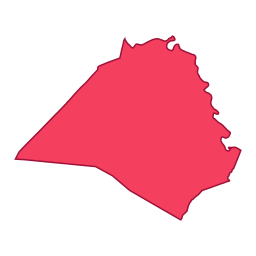 Matam, Matam, Senegal
{"feature_id": "50182788B95113260184043", "entity_name": "Matam", "entity_type": "district", "adm_level": 2, "iso_a3": "SEN", "parent_name": "Senegal", "parent_adm1": "Matam", "projection": "albers", "projection_center": [-13.438, 15.719], "detail": "fine", "context": "isolated", "style": "filled", "palette": "rose", "viewbox_px": 256, "rotation_deg": 0, "n_neighbors": 0, "source": "geoboundaries", "source_scale": "gbopen_adm2", "svg_char_len": 5802}
<svg xmlns="http://www.w3.org/2000/svg" viewBox="0 0 256 256"><path d="M240.6,150.7L240.4,150.5L240.3,150.4L240.6,150.2L239.5,149.5L237.9,148.6L236.4,147.7L235.5,147.4L234.5,147.3L233.3,147.3L232.4,147.4L232.0,147.6L231.8,147.6L231.6,147.5L229.4,147.4L228.9,147.5L228.7,147.5L228.5,147.8L228.6,148.0L228.8,148.3L229.0,148.2L229.4,148.0L229.7,147.9L230.9,147.9L231.4,148.0L230.0,149.3L229.6,149.7L229.4,150.5L229.1,150.8L228.7,151.0L228.1,150.9L227.3,150.8L226.5,150.3L226.1,150.0L225.6,149.4L225.2,148.4L225.0,147.6L224.9,147.1L224.7,146.6L224.5,146.4L224.3,146.0L223.6,145.1L222.7,143.9L222.3,143.4L221.6,142.3L221.0,140.8L220.8,140.2L220.9,139.5L221.0,138.7L221.4,137.7L221.8,137.1L222.1,136.9L222.5,136.9L223.7,137.3L224.9,137.9L225.6,138.1L225.9,138.1L226.2,138.0L226.8,137.8L228.0,137.2L228.4,136.9L228.7,136.5L229.6,134.9L230.2,133.6L230.3,133.1L230.3,132.7L230.1,132.4L229.8,132.1L228.8,131.4L228.3,130.8L227.9,130.5L227.3,130.2L226.6,129.6L225.9,128.6L224.9,127.6L223.5,126.2L222.9,125.5L222.5,125.1L220.6,123.7L218.9,122.7L217.5,121.6L216.0,120.2L214.9,119.0L214.6,118.7L214.2,118.7L213.8,118.6L213.6,118.4L213.1,117.5L212.9,117.0L212.9,116.6L213.1,115.6L213.3,114.3L213.4,113.7L213.7,113.3L214.0,113.1L214.3,113.1L214.6,113.1L215.1,113.4L215.5,113.7L216.3,114.0L217.1,114.2L217.7,114.1L218.2,113.9L218.5,113.5L218.6,113.0L218.5,112.6L218.1,112.0L217.2,111.0L215.9,110.0L215.3,109.6L215.1,109.5L214.8,109.5L214.6,109.4L214.3,109.2L213.8,108.7L213.1,107.7L212.3,106.8L211.5,105.6L211.0,104.4L210.9,103.7L210.8,103.0L210.8,102.3L210.9,101.8L211.4,99.6L211.7,98.6L211.8,98.2L211.8,97.7L211.6,96.9L211.3,96.2L211.1,95.3L210.7,94.8L210.4,94.6L209.5,93.8L208.2,93.0L207.6,92.7L207.1,92.6L206.7,92.6L206.2,92.3L205.4,91.6L204.7,91.0L204.2,90.3L204.0,90.0L204.1,89.7L204.5,89.4L204.8,89.2L205.3,88.5L205.7,88.1L207.1,87.0L207.9,86.3L208.4,85.6L208.6,85.0L208.5,84.3L208.3,83.5L208.0,83.1L207.4,82.6L206.7,82.3L205.4,82.3L204.8,82.2L204.1,81.9L202.7,80.9L200.4,78.4L199.7,77.4L199.4,76.6L199.2,75.9L198.9,75.4L197.9,74.0L197.6,73.2L197.5,72.3L197.5,71.1L197.8,69.7L198.0,68.6L197.9,67.6L197.5,67.0L197.0,66.4L196.2,65.6L195.8,65.2L195.4,64.8L195.3,64.3L195.1,63.9L195.3,63.5L195.2,61.7L195.1,61.4L195.1,60.9L195.2,60.1L195.6,59.1L195.7,58.6L195.8,57.9L195.8,57.6L195.7,57.1L195.5,56.4L195.3,56.1L195.0,55.6L194.4,55.1L193.9,54.8L193.1,54.5L192.5,54.5L191.9,54.4L191.1,54.0L190.0,53.5L188.9,53.1L188.3,52.8L187.4,52.5L185.1,51.6L184.5,51.3L183.8,51.0L182.6,50.5L181.1,49.7L180.8,49.5L180.2,48.8L179.7,48.0L179.5,47.6L179.4,46.9L179.2,46.6L178.9,46.1L178.7,45.1L178.5,44.5L178.2,44.4L177.7,44.3L176.9,44.3L176.1,44.6L175.5,45.0L174.8,45.6L174.5,46.0L174.2,46.6L173.9,47.2L173.6,48.2L173.1,49.3L172.6,50.2L172.2,50.6L171.8,50.6L171.2,50.4L170.5,50.3L169.3,50.0L168.1,49.2L167.5,48.9L167.0,48.0L166.8,47.3L166.6,46.3L166.7,45.3L166.9,44.3L167.6,43.1L168.3,42.4L169.0,41.8L169.5,41.5L170.2,41.1L170.9,40.9L171.8,40.8L173.0,40.6L173.6,40.6L174.4,40.3L174.8,39.8L174.9,39.4L174.9,38.9L174.6,38.5L174.3,37.7L174.1,37.3L173.8,36.9L173.3,36.5L173.0,36.3L172.6,36.2L172.3,36.2L172.1,36.4L171.8,36.9L171.3,37.4L170.7,37.8L170.1,38.1L169.6,38.2L169.0,38.5L168.3,39.3L167.6,40.0L166.6,40.8L165.7,41.0L165.0,41.1L164.3,41.0L163.8,40.9L163.4,40.7L162.8,40.5L162.3,40.2L160.2,39.5L158.5,38.9L157.7,38.8L157.2,38.7L156.8,38.8L154.6,39.1L153.2,39.5L151.4,40.2L148.7,41.5L145.9,42.9L145.2,43.4L143.8,44.1L142.6,44.7L141.6,44.9L140.7,44.9L138.5,44.5L137.4,44.1L136.8,44.1L136.2,44.2L135.5,44.8L135.1,45.3L133.9,47.1L133.3,47.7L133.0,47.8L132.5,47.9L131.9,47.6L131.3,47.2L130.8,46.6L129.3,45.0L127.9,43.8L126.9,42.6L126.2,41.6L125.4,40.2L124.9,39.3L124.8,38.8L124.4,39.4L123.6,41.5L123.3,43.3L122.9,45.4L122.3,47.2L122.1,48.5L121.8,49.3L121.4,51.2L121.0,53.0L120.7,54.5L120.2,56.5L119.9,58.0L106.9,62.8L102.8,64.5L99.2,66.0L98.7,66.3L98.4,66.6L98.1,67.0L97.8,67.6L97.7,68.7L97.6,69.8L97.3,70.2L91.7,76.1L86.4,82.2L80.5,87.8L75.0,93.7L69.4,100.1L66.9,102.6L66.7,103.2L65.0,104.8L63.6,106.3L62.2,107.8L57.1,113.0L54.1,116.0L48.7,121.6L39.5,131.1L36.9,133.7L24.6,146.1L19.5,151.5L18.6,152.9L15.4,159.1L24.8,159.7L57.5,162.9L95.7,166.6L112.5,175.8L129.7,190.4L155.1,205.1L180.6,219.8L180.9,219.7L181.2,219.3L181.5,218.7L181.8,218.2L182.0,217.6L182.1,216.9L182.3,216.3L182.6,215.7L182.8,215.2L183.3,214.5L184.0,214.0L184.5,213.6L184.9,213.2L185.0,212.9L185.5,212.5L185.9,212.2L186.2,211.9L186.4,211.6L186.7,211.2L187.1,210.9L187.1,210.4L187.4,209.4L187.5,209.0L187.7,208.3L187.8,207.7L187.9,207.1L188.2,206.4L188.5,205.7L188.7,205.2L188.9,204.7L189.2,203.8L189.6,203.0L190.5,202.0L190.8,201.1L191.3,200.8L191.6,200.4L191.7,199.8L192.2,199.5L192.7,199.3L193.2,199.1L193.7,198.4L194.1,198.0L194.6,197.7L195.0,197.1L195.7,196.6L196.4,196.1L196.8,195.7L198.0,194.9L198.4,194.6L198.8,194.1L199.2,193.8L199.6,193.3L199.9,192.8L200.3,192.5L200.6,192.0L201.0,191.8L201.3,191.5L201.5,191.1L201.8,190.6L202.4,190.5L203.2,190.1L203.8,189.9L204.5,189.6L205.3,189.4L207.0,188.8L207.9,188.4L208.6,188.3L209.6,187.8L210.3,187.7L210.9,187.5L211.4,187.3L212.1,187.0L212.8,186.7L213.8,186.4L214.6,186.0L215.5,185.7L217.0,185.3L217.8,184.9L219.5,184.3L220.4,184.0L221.1,183.7L221.8,183.5L222.5,183.3L223.3,183.0L224.2,182.7L225.1,182.4L225.8,182.0L227.3,181.6L227.8,181.4L228.4,181.2L229.0,181.1L229.4,180.8L230.0,180.7L229.7,180.6L229.0,180.0L228.4,179.6L228.1,179.3L227.8,178.4L227.7,177.9L227.8,177.4L228.0,177.0L228.2,176.3L228.6,175.9L228.9,175.8L228.9,175.4L229.2,174.6L229.5,174.1L229.4,173.7L229.6,173.3L229.9,172.8L230.4,172.5L230.8,172.5L231.2,172.2L231.6,171.8L231.9,171.0L232.1,170.3L232.2,169.7L232.5,169.5L232.7,169.1L233.1,168.9L233.5,168.8L233.7,168.4L233.9,167.9L234.1,167.2L234.4,166.6L234.7,165.8L236.6,161.0L237.3,159.5L238.0,157.5L238.9,155.4L240.2,152.0L240.6,150.7Z" fill="#f43f5e" stroke="#9f1239" stroke-width="1.5"/></svg>